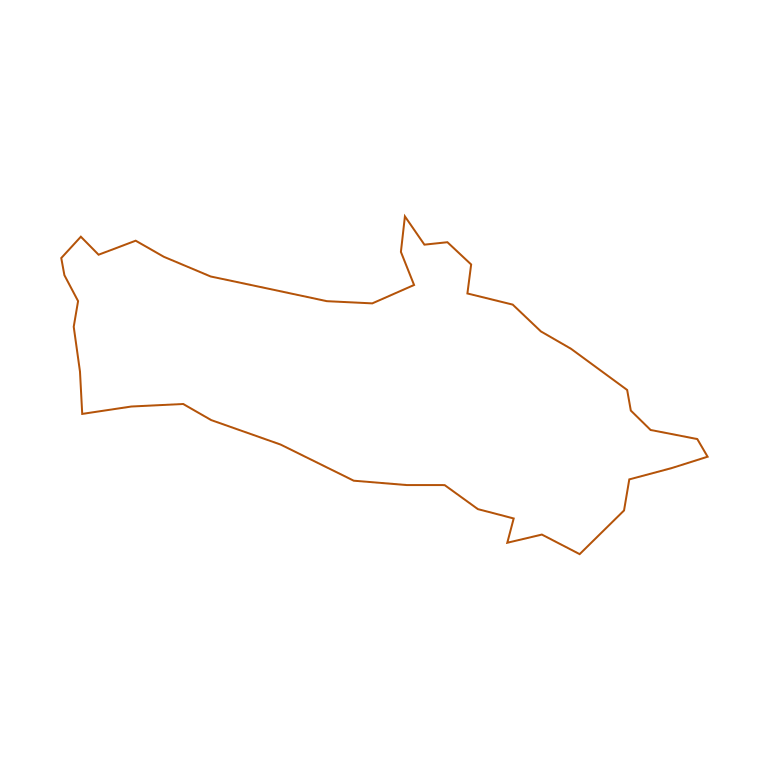 Kizirik, Surkhandarya, Uzbekistan (orthographic projection), rotated 78°
{"feature_id": "79887680B98909134943467", "entity_name": "Kizirik", "entity_type": "district", "adm_level": 2, "iso_a3": "UZB", "parent_name": "Uzbekistan", "parent_adm1": "Surkhandarya", "projection": "orthographic", "projection_center": [67.318, 37.714], "detail": "fine", "context": "isolated", "style": "outline", "palette": "amber", "viewbox_px": 768, "rotation_deg": 78, "n_neighbors": 0, "source": "geoboundaries", "source_scale": "gbopen_adm2", "svg_char_len": 703}
<svg xmlns="http://www.w3.org/2000/svg" viewBox="0 0 768 768"><g transform="rotate(78 384 384)"><path d="M224.4,328.7L258.3,340.0L293.4,334.0L302.7,378.7L291.1,422.7L266.9,476.9L242.8,531.2L213.8,572.9L192.2,597.1L198.2,636.3L176.9,649.9L193.7,673.5L211.1,674.0L239.3,666.0L263.5,675.6L308.7,678.8L350.5,685.4L353.5,635.8L361.8,584.6L383.4,560.5L421.7,497.8L472.3,433.7L487.6,382.7L495.5,345.7L525.9,318.2L542.5,285.1L564.9,296.4L564.1,260.9L591.1,228.0L557.6,175.5L528.3,163.9L526.0,119.5L522.4,82.6L503.0,89.0L484.4,132.8L461.3,148.1L440.4,147.4L388.5,193.7L365.2,219.6L333.1,241.6L312.8,283.6L285.2,273.9L258.5,292.5L256.1,315.5L224.4,328.7Z" fill="none" stroke="#b45309" stroke-width="2"/></g></svg>